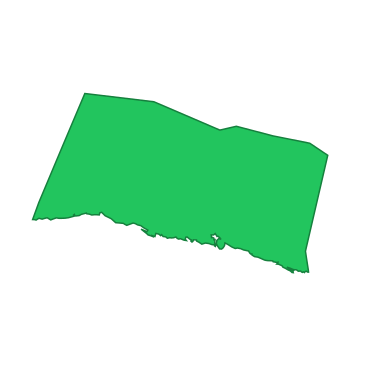 outline of Sawakin, Red Sea, Sudan, rotated 117°
{"feature_id": "16777658B58699373531896", "entity_name": "Sawakin", "entity_type": "district", "adm_level": 2, "iso_a3": "SDN", "parent_name": "Sudan", "parent_adm1": "Red Sea", "projection": "robinson", "projection_center": [37.356, 19.026], "detail": "fine", "context": "isolated", "style": "filled", "palette": "green", "viewbox_px": 384, "rotation_deg": 117, "n_neighbors": 0, "source": "geoboundaries", "source_scale": "gbopen_adm2", "svg_char_len": 2471}
<svg xmlns="http://www.w3.org/2000/svg" viewBox="0 0 384 384"><g transform="rotate(117 192 192)"><path d="M105.3,145.5L112.6,179.0L113.3,182.3L124.2,195.3L128.9,266.9L152.9,332.2L216.3,327.7L249.0,325.3L271.0,323.7L288.9,321.5L288.0,319.5L287.8,318.2L286.4,317.4L284.9,316.4L284.2,313.2L282.1,311.0L280.7,309.3L281.0,305.2L279.1,303.5L276.6,301.1L275.9,298.7L274.6,296.2L273.0,293.3L271.0,290.4L267.2,286.2L266.3,287.1L265.4,286.7L266.4,285.5L266.2,284.8L264.2,281.8L262.1,280.4L258.7,276.5L259.2,275.9L258.3,273.4L258.0,270.9L256.5,268.6L255.7,267.0L254.5,264.2L252.5,264.7L251.1,263.3L252.6,258.6L252.5,254.4L252.5,251.7L254.0,246.1L252.6,242.7L251.1,238.9L251.3,237.3L251.3,235.0L246.4,230.4L245.9,228.2L246.0,225.7L245.2,222.2L245.8,218.9L246.0,214.0L247.8,214.2L248.2,220.5L249.6,213.5L250.2,211.7L249.7,208.7L249.5,206.7L248.9,207.5L248.5,204.8L245.3,205.4L244.6,202.4L245.1,200.1L243.8,199.7L244.8,197.5L244.4,196.6L243.9,194.9L244.4,193.0L242.7,190.9L242.4,189.7L241.1,187.6L239.4,185.9L240.1,184.0L240.0,182.5L238.8,180.9L238.7,179.0L238.5,177.1L237.8,175.0L237.1,176.6L235.1,177.0L234.3,175.9L235.1,172.1L235.0,170.6L236.2,170.7L236.6,169.3L235.6,168.8L233.9,168.9L233.3,167.6L232.7,166.2L233.6,165.6L233.6,163.0L234.0,159.6L231.4,156.9L230.2,153.4L229.8,150.1L228.8,148.3L229.7,147.7L229.9,146.5L228.6,146.6L228.3,147.6L226.9,148.7L223.9,149.9L224.6,150.9L223.2,151.5L223.1,153.1L223.8,153.9L221.5,155.4L220.4,153.2L218.5,152.5L219.7,150.4L220.3,149.5L219.6,148.8L219.9,147.7L220.1,146.4L220.8,145.6L220.9,144.5L221.4,147.0L222.2,147.3L223.8,147.9L224.9,147.5L226.4,147.1L227.3,146.5L228.7,144.4L230.2,141.6L229.4,139.7L227.5,138.9L225.0,138.7L222.4,139.5L222.5,135.6L222.9,131.6L222.7,127.8L221.3,126.1L220.8,124.2L220.4,123.0L220.2,119.7L218.9,114.8L220.1,113.0L220.6,111.6L220.0,110.5L220.9,110.0L221.2,107.0L220.1,103.6L219.7,96.5L219.4,95.2L218.7,93.2L217.5,90.7L216.7,88.8L217.3,88.1L217.1,87.3L216.7,86.1L216.4,84.7L215.5,83.5L216.4,83.3L217.7,83.7L217.1,82.3L216.9,79.8L216.9,78.1L217.7,76.9L217.6,74.3L217.8,70.9L217.7,69.8L217.7,68.4L218.3,66.3L217.9,65.2L217.6,65.5L216.7,66.1L216.1,65.9L216.5,69.1L215.9,73.4L215.3,69.8L215.1,66.7L214.6,65.0L214.0,64.0L214.0,62.9L214.3,61.7L214.1,60.8L213.4,60.0L213.1,59.1L213.5,58.3L213.5,57.1L212.6,56.6L212.7,55.2L211.3,55.0L210.7,54.1L210.9,52.9L210.7,52.2L210.5,51.8L209.2,52.6L199.2,59.8L193.3,64.0L190.2,64.8L97.7,87.7L95.1,109.2L105.3,145.5Z" fill="#22c55e" stroke="#15803d" stroke-width="1.5"/></g></svg>